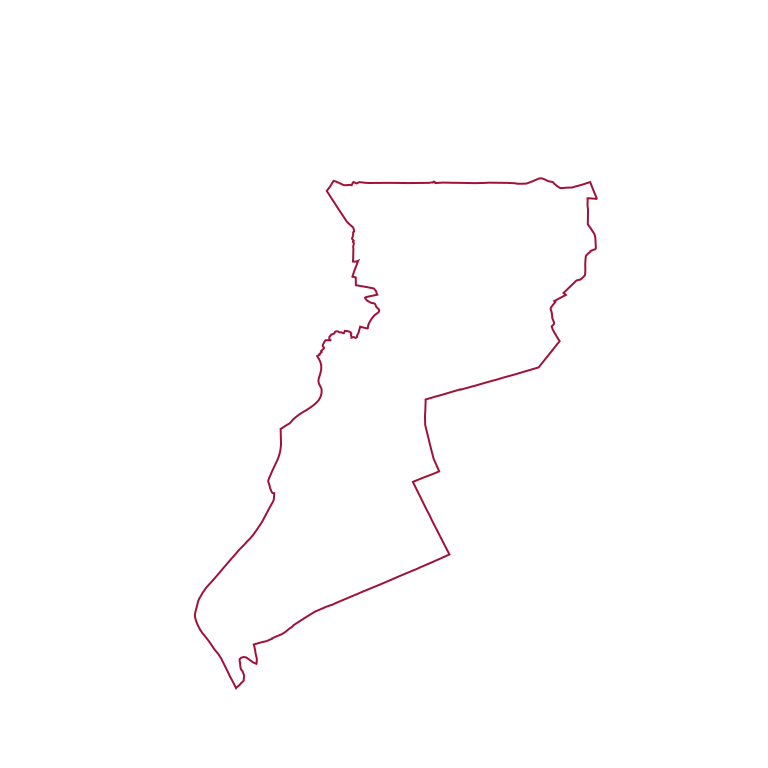 the district of Huyen Cao Lanh, Ðong Tháp, Vietnam, rotated 63°
{"feature_id": "81297802B29684412204466", "entity_name": "Huyen Cao Lanh", "entity_type": "district", "adm_level": 2, "iso_a3": "VNM", "parent_name": "Vietnam", "parent_adm1": "Ðong Tháp", "projection": "mercator", "projection_center": [105.693, 10.483], "detail": "fine", "context": "isolated", "style": "outline", "palette": "rose", "viewbox_px": 768, "rotation_deg": 63, "n_neighbors": 0, "source": "geoboundaries", "source_scale": "gbopen_adm2", "svg_char_len": 6105}
<svg xmlns="http://www.w3.org/2000/svg" viewBox="0 0 768 768"><g transform="rotate(63 384 384)"><path d="M555.5,548.7L556.3,536.4L556.8,532.0L557.1,531.6L557.4,524.7L558.3,512.3L559.0,502.8L559.4,496.5L561.0,477.0L561.8,464.2L562.0,461.3L562.0,460.4L563.4,441.8L563.6,440.6L563.8,434.6L564.6,422.4L565.6,403.1L527.2,403.2L521.9,403.0L514.7,403.1L484.3,402.7L485.4,390.2L486.1,384.3L486.9,374.5L473.0,373.7L470.7,373.2L463.9,371.7L439.2,365.9L431.5,362.2L429.7,361.2L426.9,359.5L424.5,358.2L418.2,354.7L416.7,354.0L418.4,344.7L419.8,338.1L423.4,318.5L423.8,318.4L427.0,303.0L429.4,290.4L431.5,280.4L432.4,275.1L434.6,264.5L439.4,238.7L431.0,220.0L425.5,208.0L423.4,208.3L419.3,208.6L414.5,208.9L411.9,208.9L408.8,208.4L407.9,205.8L407.7,205.4L407.1,204.9L406.3,204.6L404.7,204.4L402.2,204.2L401.2,204.0L400.9,203.9L400.6,203.6L396.1,202.0L393.0,201.6L392.0,200.9L390.4,198.1L388.7,194.1L387.4,194.6L387.2,181.5L384.4,182.7L379.2,165.7L379.2,165.1L380.1,161.6L379.8,160.2L379.2,158.0L378.5,156.0L378.1,155.5L377.4,154.9L374.5,153.2L372.3,152.1L369.4,150.7L366.3,149.0L362.5,146.7L361.5,145.8L361.2,145.3L360.8,144.2L360.2,142.2L360.0,140.6L359.8,140.0L359.6,139.8L359.2,139.6L359.2,139.3L359.8,134.8L359.7,134.4L359.3,133.7L358.5,133.3L355.5,131.9L351.9,130.3L349.0,129.1L347.5,128.7L345.5,128.5L338.9,129.2L334.2,129.9L321.4,123.1L317.5,121.7L313.6,119.6L310.9,118.3L311.4,117.3L315.5,110.6L315.3,110.3L314.9,110.1L306.3,109.5L297.7,108.6L296.3,117.3L294.7,124.9L294.4,127.0L291.8,132.5L290.1,136.8L289.7,137.6L289.3,138.0L288.8,138.5L288.1,138.9L286.0,140.0L283.3,141.2L280.6,142.0L278.2,145.2L277.3,146.1L275.4,147.3L273.3,149.2L272.3,150.2L271.5,152.0L271.2,153.6L270.7,161.1L270.1,166.1L269.9,166.5L268.0,170.6L266.1,174.2L264.4,176.5L260.8,182.8L252.2,199.2L250.5,203.1L246.3,211.8L237.3,228.7L235.6,232.0L231.9,238.9L231.1,240.5L228.3,247.0L227.7,246.7L226.4,247.7L226.2,248.0L226.7,248.9L225.9,250.4L225.3,252.4L215.9,271.3L209.7,283.1L204.8,292.7L198.1,306.1L196.9,308.3L193.2,313.9L192.9,314.4L192.9,314.7L192.9,317.2L192.7,317.6L192.3,317.9L190.2,319.4L190.2,319.6L191.0,321.0L192.2,322.6L191.6,323.1L191.2,323.7L189.4,328.1L189.2,328.6L188.4,329.6L187.4,330.5L186.0,331.5L182.1,334.6L180.1,336.7L183.5,342.2L184.5,344.3L186.0,347.4L188.4,347.1L207.1,345.2L222.4,343.4L225.3,342.5L230.1,340.6L230.5,340.5L231.2,340.5L232.0,340.6L234.0,341.1L234.4,341.3L234.7,341.6L234.6,342.2L234.8,342.4L235.2,342.8L236.8,343.6L237.4,344.1L238.4,344.9L239.5,346.1L239.7,346.4L240.2,346.4L241.0,346.4L242.6,345.9L242.7,346.0L243.1,347.0L243.5,347.2L244.4,346.9L244.8,346.9L245.7,347.5L247.6,349.1L249.8,350.0L256.9,353.8L258.2,354.5L260.8,356.1L262.1,353.7L262.4,352.9L262.5,351.0L269.8,359.2L274.0,363.4L276.2,360.8L283.2,364.2L289.7,355.5L294.2,349.8L295.0,349.5L296.6,349.2L297.4,348.9L298.1,349.0L299.3,349.3L301.4,349.4L298.4,360.5L298.6,361.8L299.9,361.7L301.3,361.4L302.2,361.1L303.0,360.7L303.2,360.4L304.0,359.8L305.5,358.9L306.1,358.3L307.5,356.4L308.1,355.9L308.6,355.7L309.4,355.6L310.7,355.8L311.7,355.8L313.7,355.3L315.0,354.7L315.5,354.8L316.3,354.9L316.9,355.3L317.6,356.3L317.7,356.7L318.4,361.1L319.1,363.0L320.7,366.2L322.0,368.3L323.6,370.4L324.9,371.7L326.7,373.0L327.0,373.2L327.0,373.3L327.0,373.5L326.6,374.1L323.8,377.4L322.1,379.2L326.7,383.4L327.8,384.8L328.4,385.7L328.7,386.1L329.0,386.3L329.7,386.5L329.9,386.7L330.1,388.2L330.1,388.4L329.7,388.7L329.3,388.9L328.6,389.5L328.2,390.2L328.1,390.8L328.0,391.8L327.6,391.6L326.5,391.5L325.1,391.1L325.1,390.9L324.5,390.3L323.6,390.4L322.6,390.3L321.8,390.9L321.4,391.5L320.5,392.3L318.9,394.8L320.4,396.4L320.5,396.7L320.4,397.0L319.9,397.5L318.7,398.5L318.4,399.0L318.2,399.6L317.7,400.2L316.7,400.9L316.1,401.4L315.7,402.0L315.4,402.6L315.3,403.1L315.3,403.8L316.3,405.3L316.4,405.7L316.4,405.9L316.2,406.8L316.3,407.5L316.0,408.2L316.0,408.5L316.4,409.2L317.2,411.1L317.4,411.4L317.7,411.6L319.3,412.4L319.8,412.2L320.5,411.8L320.6,412.3L320.0,413.3L318.6,415.8L318.5,416.5L318.8,417.0L320.6,419.7L321.9,421.2L322.3,421.3L322.7,421.4L324.2,421.0L324.8,421.1L325.0,421.5L326.1,425.2L327.2,425.0L327.8,427.0L328.0,428.0L328.7,428.0L328.8,430.9L332.5,430.6L335.2,430.7L336.5,430.9L338.1,431.3L339.6,431.8L342.1,433.1L343.4,434.0L345.0,435.3L346.5,436.7L349.3,439.5L350.8,440.6L351.9,441.2L353.9,441.8L358.7,441.8L359.8,441.9L360.5,442.1L362.8,443.2L364.7,444.5L365.5,445.3L366.5,446.3L367.2,447.2L368.8,449.7L369.4,451.1L370.1,453.2L370.8,456.0L371.5,460.1L371.8,462.3L372.1,465.7L372.2,468.5L372.5,471.8L372.6,472.9L373.4,477.2L374.2,480.7L374.6,481.7L376.1,485.4L376.3,486.4L376.4,489.3L377.1,496.5L389.3,502.3L391.8,503.6L396.1,506.5L398.4,508.4L400.8,510.7L403.2,513.3L410.2,522.4L413.5,526.4L415.5,528.8L416.9,530.3L418.1,531.4L418.4,531.5L420.6,531.7L425.1,532.7L428.6,533.1L429.6,533.0L430.5,532.7L430.9,532.3L431.2,531.8L431.4,531.4L432.6,531.9L436.5,534.4L437.2,534.9L438.7,536.7L439.7,538.2L442.0,541.8L448.7,551.2L451.8,555.8L456.3,563.8L459.0,569.0L461.1,574.0L461.9,576.7L463.4,580.6L465.7,587.6L469.1,595.9L470.5,599.6L474.7,609.8L477.9,617.3L482.3,628.3L482.9,630.0L484.7,634.8L486.5,638.2L488.1,641.1L489.0,642.3L491.3,646.0L493.4,648.5L496.2,650.8L501.2,655.3L503.5,657.1L504.7,657.7L505.9,658.2L508.4,658.7L509.7,659.0L513.9,659.4L518.7,659.4L523.5,658.9L527.3,658.0L534.1,656.7L543.8,655.5L549.5,654.2L554.5,653.7L568.2,653.8L574.5,654.0L583.0,653.8L587.9,653.9L587.6,653.2L586.5,649.1L586.0,647.8L585.5,646.6L584.8,644.0L584.5,643.6L583.7,643.2L580.2,640.9L579.7,640.8L578.3,640.8L577.2,640.6L576.2,640.5L575.5,640.5L573.7,640.9L572.7,640.9L571.7,640.6L570.1,640.1L566.8,638.7L566.4,638.6L565.3,638.4L563.7,637.6L563.6,637.4L563.1,635.6L563.1,635.0L563.4,634.2L563.4,633.7L563.4,633.3L563.7,632.8L565.1,630.9L565.6,630.6L568.6,629.1L572.4,627.2L575.2,624.9L575.4,624.8L575.3,624.6L575.0,624.3L571.2,622.1L570.5,621.9L565.9,620.8L563.7,620.0L559.6,618.8L557.0,618.3L558.3,611.4L558.8,609.1L559.9,605.1L559.9,602.7L560.2,599.4L559.8,599.2L560.0,595.3L560.5,589.3L560.5,587.9L560.1,584.1L559.1,580.0L558.7,576.5L557.8,573.8L557.2,567.9L556.3,559.0L555.5,548.7Z" fill="none" stroke="#9f1239" stroke-width="2"/></g></svg>